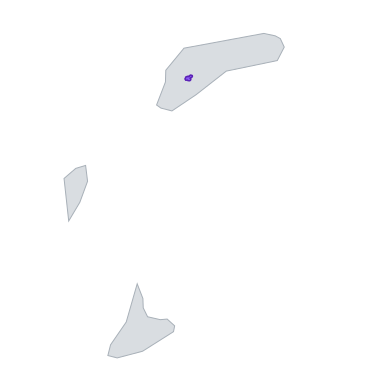 Kartala, Andjazîdja, Comoros shown in context, rotated 75°
{"feature_id": "10938185B58200193875213", "entity_name": "Kartala", "entity_type": "district", "adm_level": 2, "iso_a3": "COM", "parent_name": "Comoros", "parent_adm1": "Andjazîdja", "projection": "natural_earth1", "projection_center": [43.364, -11.764], "detail": "fine", "context": "in_parent", "style": "filled", "palette": "violet", "viewbox_px": 384, "rotation_deg": 75, "n_neighbors": 0, "source": "geoboundaries", "source_scale": "gbopen_adm2", "svg_char_len": 1705}
<svg xmlns="http://www.w3.org/2000/svg" viewBox="0 0 384 384"><g transform="rotate(75 192 192)"><path d="M102.9,200.3L98.8,203.7L78.9,189.2L67.6,185.8L51.0,162.5L57.4,81.6L62.7,71.2L66.7,67.0L75.9,65.4L87.1,75.6L84.1,127.6L99.0,162.7L108.5,190.4L102.9,200.3ZM322.1,246.0L333.0,280.9L332.9,307.2L328.2,315.6L318.5,310.2L300.6,289.2L266.5,268.7L282.2,267.0L291.3,269.1L301.0,267.2L307.1,255.7L308.3,248.9L316.8,243.4L322.1,246.0ZM172.9,303.0L188.1,318.6L145.8,312.1L139.1,298.2L138.8,287.9L154.6,290.1L172.9,303.0Z" fill="#d9dde1" stroke="#a8b0b8" stroke-width="1"/><path d="M80.6,169.3L80.9,169.5L81.1,169.5L81.3,169.5L81.5,169.4L81.8,169.3L82.1,169.2L82.3,169.2L82.4,168.9L82.5,168.8L82.5,168.7L82.6,168.4L82.6,168.1L82.6,167.8L82.6,167.7L82.8,167.5L83.0,167.4L83.3,167.2L83.5,166.8L83.5,166.7L83.6,166.4L83.7,166.2L83.8,166.0L83.8,165.9L83.9,165.7L83.9,165.4L83.9,165.2L83.8,164.9L83.7,164.7L83.5,164.4L83.4,164.3L83.3,164.2L83.2,164.1L82.8,164.0L82.7,164.0L82.5,163.9L82.4,163.9L82.3,164.0L82.1,164.0L81.9,164.2L81.8,164.3L81.7,164.4L81.4,164.2L81.3,163.8L81.3,163.7L81.3,163.2L81.2,162.9L81.2,162.7L81.0,162.3L80.9,162.1L80.7,161.9L80.4,161.7L80.1,161.6L79.9,161.6L79.7,161.6L79.4,161.8L79.2,162.1L79.1,162.3L79.1,162.5L78.9,162.6L78.8,162.8L78.7,162.9L78.7,163.1L78.7,163.3L78.8,163.5L78.8,163.8L78.9,164.0L79.1,164.1L79.3,164.3L79.4,164.5L79.5,164.6L79.4,164.8L79.5,165.0L79.7,165.3L79.6,165.5L79.4,165.7L79.2,165.7L79.2,165.8L79.2,166.0L79.1,166.3L79.2,166.5L79.3,166.8L79.4,167.0L79.2,167.3L79.1,167.5L79.2,167.8L79.3,168.0L79.4,168.3L79.5,168.3L79.7,168.5L79.8,168.6L80.0,168.7L80.2,168.8L80.3,168.8L80.4,169.0L80.5,169.2L80.6,169.3Z" fill="#8b5cf6" stroke="#5b21b6" stroke-width="1.5"/></g></svg>